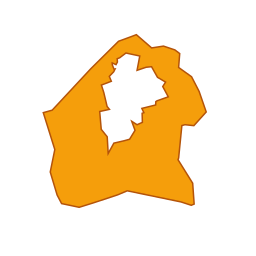 Roanoke, Virginia, United States of America (Albers equal-area conic projection), rotated 287°
{"feature_id": "52423323B87249104839261", "entity_name": "Roanoke", "entity_type": "district", "adm_level": 2, "iso_a3": "USA", "parent_name": "United States of America", "parent_adm1": "Virginia", "projection": "albers", "projection_center": [-80.006, 37.266], "detail": "fine", "context": "isolated", "style": "filled", "palette": "amber", "viewbox_px": 256, "rotation_deg": 287, "n_neighbors": 0, "source": "geoboundaries", "source_scale": "gbopen_adm2", "svg_char_len": 1045}
<svg xmlns="http://www.w3.org/2000/svg" viewBox="0 0 256 256"><g transform="rotate(287 128 128)"><path d="M36.3,86.6L37.9,104.5L46.3,116.8L61.0,137.6L67.7,145.6L72.8,200.4L72.6,211.1L74.6,213.5L94.1,206.0L112.3,185.1L114.1,185.2L146.1,178.8L147.8,181.5L149.5,190.3L166.2,198.1L183.8,185.3L195.6,173.8L200.7,158.7L214.3,155.7L216.4,150.0L216.7,138.0L211.5,127.2L219.7,108.7L216.2,104.2L208.2,93.6L198.9,88.6L180.7,78.8L173.6,75.0L122.9,50.3L117.9,42.5L86.0,64.3L63.2,66.5L43.2,79.8L36.3,86.6ZM140.4,104.8L142.5,101.7L154.8,94.5L161.3,90.0L167.8,98.4L171.9,95.0L177.6,97.9L180.7,98.4L180.2,97.4L183.8,94.5L185.6,93.9L185.1,98.0L188.0,98.6L191.1,97.4L192.7,99.5L199.1,104.1L200.3,118.2L185.8,119.8L191.4,127.6L193.5,132.6L185.1,141.4L182.9,150.5L177.8,149.1L169.6,157.4L162.5,147.8L161.4,146.9L158.1,147.7L150.8,135.5L147.3,138.7L146.2,137.2L137.6,140.1L133.8,135.7L135.5,129.6L127.8,135.4L117.7,132.8L114.6,127.9L109.4,118.9L97.8,116.5L113.5,110.7L118.9,102.8L135.5,96.1L140.4,104.8Z" fill="#f59e0b" stroke="#b45309" stroke-width="1.5"/></g></svg>